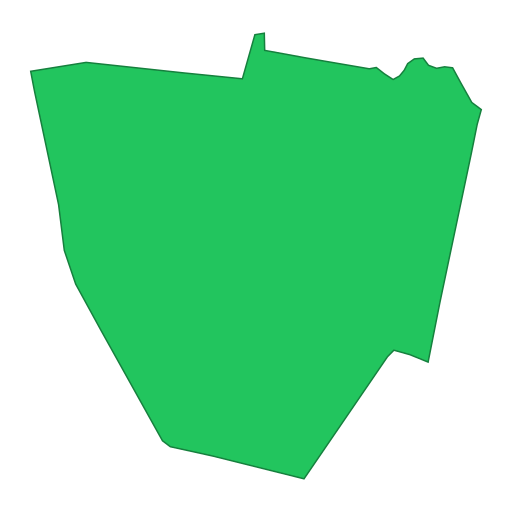 outline of Ielmo Marinho, Rio Grande do Norte, Brazil
{"feature_id": "56859067B90563935489719", "entity_name": "Ielmo Marinho", "entity_type": "district", "adm_level": 2, "iso_a3": "BRA", "parent_name": "Brazil", "parent_adm1": "Rio Grande do Norte", "projection": "natural_earth1", "projection_center": [-35.525, -5.792], "detail": "fine", "context": "isolated", "style": "filled", "palette": "green", "viewbox_px": 512, "rotation_deg": 0, "n_neighbors": 0, "source": "geoboundaries", "source_scale": "gbopen_adm2", "svg_char_len": 650}
<svg xmlns="http://www.w3.org/2000/svg" viewBox="0 0 512 512"><path d="M30.7,71.3L33.3,85.0L34.7,92.1L58.6,204.7L64.3,250.4L75.7,284.1L101.3,330.9L162.5,440.8L170.3,446.7L212.6,456.0L304.0,478.8L387.5,356.7L393.9,350.2L410.0,354.7L428.1,362.1L439.9,302.5L442.9,288.2L471.2,154.0L473.5,142.7L474.9,135.7L477.2,124.3L481.3,109.6L471.8,102.5L460.7,82.7L452.6,67.8L444.6,66.8L436.6,68.3L428.5,65.3L423.1,58.1L414.3,58.9L407.7,63.6L404.2,70.3L399.5,76.0L393.1,79.5L384.3,73.8L376.3,67.5L369.3,68.8L325.5,61.3L304.7,57.7L264.7,50.4L264.3,33.2L254.9,34.7L242.4,78.8L183.6,72.9L86.1,62.4L30.7,71.3Z" fill="#22c55e" stroke="#15803d" stroke-width="1.5"/></svg>